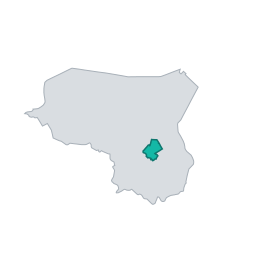 Beygee, Sala ad-Din, Iraq shown in context, rotated 149°
{"feature_id": "34846034B92184872032162", "entity_name": "Beygee", "entity_type": "district", "adm_level": 2, "iso_a3": "IRQ", "parent_name": "Iraq", "parent_adm1": "Sala ad-Din", "projection": "mercator", "projection_center": [43.192, 34.889], "detail": "fine", "context": "in_parent", "style": "filled", "palette": "teal", "viewbox_px": 256, "rotation_deg": 149, "n_neighbors": 0, "source": "geoboundaries", "source_scale": "gbopen_adm2", "svg_char_len": 4482}
<svg xmlns="http://www.w3.org/2000/svg" viewBox="0 0 256 256"><g transform="rotate(149 128 128)"><path d="M106.4,50.9L108.0,50.4L111.0,47.9L112.7,45.6L113.3,45.4L114.9,46.1L116.0,46.4L118.6,45.5L120.1,45.9L121.4,46.5L122.1,46.6L125.6,48.0L126.5,48.2L128.3,48.4L130.9,48.5L132.7,47.5L133.9,46.6L134.7,46.6L135.6,46.8L136.2,47.2L136.8,47.9L137.1,48.9L137.0,52.0L137.3,52.9L137.7,53.5L138.3,53.6L139.1,52.9L140.3,51.9L141.9,50.8L143.1,49.8L143.7,49.5L144.8,49.5L145.8,49.7L146.4,50.2L146.4,50.3L146.9,51.8L148.3,57.3L149.1,58.0L150.0,58.6L150.6,59.4L150.8,60.2L150.8,61.5L150.8,63.0L151.1,64.1L151.7,64.9L152.1,65.4L152.8,65.4L153.7,65.6L154.3,66.5L156.1,72.7L156.3,73.5L157.0,73.7L158.3,73.6L159.6,74.3L161.0,75.3L162.3,77.1L163.2,77.4L165.9,77.2L169.7,77.5L171.4,78.4L171.2,79.0L169.9,79.7L167.5,80.5L166.8,81.8L166.4,83.5L166.5,84.5L167.1,85.6L168.7,87.7L168.8,88.4L169.1,89.5L169.4,90.2L169.1,91.6L167.6,92.6L165.6,93.6L161.5,98.3L161.2,99.3L161.3,102.0L160.9,102.8L159.6,102.8L158.6,102.7L158.5,103.6L157.9,104.9L157.5,106.0L159.0,108.6L159.3,110.0L159.0,111.3L157.7,113.5L156.9,114.9L157.1,115.3L158.1,115.9L161.5,120.6L162.5,122.3L163.9,121.9L164.5,121.9L164.9,122.2L165.1,122.7L165.1,123.4L164.8,124.5L166.6,124.9L167.2,126.0L169.3,129.7L169.2,130.8L168.2,132.6L168.2,133.7L168.4,134.8L168.7,135.1L171.8,135.3L173.1,135.7L176.3,137.6L180.0,140.5L183.0,142.8L185.5,144.8L188.2,144.7L189.0,145.0L189.7,145.7L190.4,147.3L192.0,151.0L193.3,152.3L195.4,155.2L197.3,158.0L196.0,161.8L194.8,165.7L194.8,170.7L194.8,173.4L197.4,173.5L200.3,173.7L200.3,176.9L200.3,180.1L200.4,183.8L201.2,184.0L202.6,184.7L203.1,185.9L203.9,186.6L204.7,186.7L205.6,187.3L206.5,188.3L206.8,189.1L206.5,189.7L206.7,190.6L207.3,192.0L208.1,192.7L209.2,193.5L207.6,193.9L206.0,193.6L202.5,192.0L201.3,191.9L199.8,192.5L199.7,193.1L196.0,191.3L194.7,190.9L194.2,190.9L192.0,190.9L189.0,191.2L187.2,192.0L186.0,192.7L185.4,193.5L185.2,193.9L184.2,196.1L183.1,199.0L181.9,201.6L179.7,205.2L178.4,206.9L175.7,210.0L172.8,210.6L166.0,210.0L158.6,209.3L151.1,208.7L145.6,208.2L145.1,208.0L139.6,203.6L135.3,200.0L129.9,195.6L124.4,191.1L118.7,186.6L114.7,183.2L109.7,178.9L105.2,175.0L101.7,171.9L97.1,169.2L93.5,167.1L88.3,164.0L84.2,161.5L80.6,159.4L75.1,156.1L73.3,155.2L67.7,154.1L62.3,153.2L56.7,152.2L53.0,151.5L55.4,149.2L54.7,147.1L52.9,147.5L51.3,148.0L50.3,144.7L51.5,144.3L50.4,140.0L49.2,135.6L48.0,131.3L46.8,126.9L51.5,124.1L55.0,122.0L60.0,119.0L64.7,116.1L69.2,113.4L74.2,110.4L78.6,107.7L82.7,106.6L83.6,105.7L85.5,102.0L87.0,98.9L87.1,98.1L87.1,93.6L87.4,88.3L87.9,85.5L88.8,83.0L89.7,81.2L89.8,79.4L89.7,77.7L88.8,75.0L87.9,72.3L88.0,69.6L88.2,68.2L88.7,65.9L89.7,64.2L90.7,63.2L94.6,62.1L96.9,61.5L100.0,58.5L101.8,56.7L104.4,53.9L106.2,51.9L106.4,51.1L106.4,50.9Z" fill="#d9dde1" stroke="#a8b0b8" stroke-width="1"/><path d="M109.4,94.9L109.4,95.5L109.3,97.0L109.2,98.5L109.3,98.9L109.5,98.9L109.6,99.1L109.4,99.2L109.2,99.2L109.3,103.0L110.3,103.7L111.0,104.1L111.3,104.3L111.7,104.6L112.5,105.1L113.3,105.6L113.7,106.0L114.2,105.6L114.5,105.2L115.2,104.6L116.0,103.7L116.3,103.4L116.9,102.9L117.5,102.4L117.9,102.0L118.1,101.8L118.3,101.7L118.3,102.0L118.3,102.5L119.4,102.9L120.0,102.7L121.6,102.1L123.3,101.6L125.4,100.9L125.9,100.7L126.6,100.6L126.9,100.5L127.0,100.3L127.5,99.6L127.5,99.4L127.5,99.1L127.5,98.9L127.3,98.8L127.2,98.7L126.5,97.8L126.4,97.7L126.3,97.3L126.2,97.0L126.1,96.8L126.0,96.6L126.0,96.4L126.0,96.2L126.0,95.9L126.0,95.7L126.1,95.2L126.4,94.9L126.7,94.6L126.9,94.5L126.8,94.0L126.8,93.6L126.7,93.3L126.6,93.0L126.5,92.9L126.5,92.7L126.4,92.5L126.4,92.4L126.4,92.2L126.0,92.1L125.8,92.1L125.6,91.9L125.3,91.6L125.0,91.3L124.7,91.0L124.2,90.4L124.0,90.2L124.0,89.9L124.3,89.8L124.4,89.7L124.6,89.6L124.7,89.4L124.6,89.1L124.6,88.9L124.4,88.9L124.2,89.0L124.1,88.9L123.9,88.8L123.7,88.7L123.6,88.3L123.6,88.1L123.6,87.9L123.7,87.7L123.7,87.3L123.5,87.2L123.4,87.2L123.2,87.2L122.8,87.2L122.6,87.1L122.4,87.1L122.1,87.2L121.9,87.3L121.4,87.5L121.1,87.5L120.9,87.4L120.6,87.4L120.4,87.3L120.2,87.1L119.9,86.9L119.7,87.0L119.3,87.4L119.1,87.6L118.6,87.9L118.3,88.1L118.1,88.2L117.7,88.3L117.3,88.4L116.9,88.7L116.7,88.9L116.8,89.1L116.9,89.5L116.8,89.8L116.8,90.0L117.0,90.3L117.2,90.7L117.4,91.2L117.8,91.3L117.9,91.7L117.9,92.0L118.0,92.3L115.8,92.3L115.5,92.3L113.6,92.3L113.3,92.3L113.0,92.3L112.4,92.3L112.1,92.3L111.2,92.4L110.8,92.4L110.5,92.4L109.4,92.4L109.4,93.1L109.4,93.8L109.4,94.5L109.4,94.9Z" fill="#14b8a6" stroke="#0f766e" stroke-width="1.5"/></g></svg>